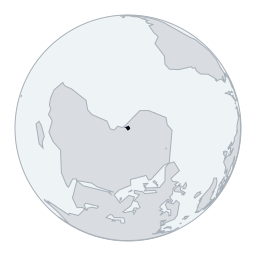 globe centered on Collines, rotated 144°
{"feature_id": "BEN-2171", "entity_name": "Collines", "entity_type": "Department", "adm_level": 1, "iso_a3": "BEN", "parent_name": "Benin", "parent_adm1": "", "projection": "orthographic", "projection_center": [2.189, 8.101], "detail": "fine", "context": "on_globe", "style": "filled", "palette": "ink", "viewbox_px": 256, "rotation_deg": 144, "n_neighbors": 0, "source": "natural_earth", "source_scale": "10m", "svg_char_len": 8431}
<svg xmlns="http://www.w3.org/2000/svg" viewBox="0 0 256 256"><g transform="rotate(144 128 128)"><circle cx="128" cy="128" r="113" fill="#eef3f6" stroke="#a8b0b8"/><path d="M88.6,22.5L89.6,22.1L86.4,23.4L87.5,23.2L85.0,24.2L88.0,23.2L90.1,22.3L92.1,21.7L92.9,21.6L89.9,22.7L89.0,23.0L88.6,23.3L86.7,24.0L88.1,23.6L84.3,25.2L89.3,23.5L87.3,24.8L84.5,26.0L83.2,25.9L73.6,29.7L70.3,31.5L67.0,33.7L63.9,37.4L61.0,39.6L58.1,42.4L60.4,41.0L63.5,38.3L67.1,36.7L70.4,33.9L72.4,33.0L76.4,30.5L77.4,30.9L76.2,32.8L72.9,35.1L72.3,36.1L76.8,34.2L71.9,39.0L70.9,43.7L69.5,45.1L64.3,47.0L60.9,46.0L54.2,49.8L60.2,47.6L56.5,51.8L56.5,52.8L57.7,52.8L59.7,51.4L58.8,53.1L52.5,55.6L53.3,54.1L55.3,53.2L53.7,52.9L49.4,55.2L47.9,57.5L43.1,59.7L41.9,61.5L40.2,63.2L42.4,60.0L38.4,65.9L32.5,71.4L26.9,82.4L30.6,73.3L30.9,71.9L30.7,71.5L29.7,73.3L30.3,71.9L34.9,64.5L40.1,57.6L45.8,51.0L51.9,44.9L58.5,39.3L65.5,34.3L72.9,29.7L80.6,25.8L88.6,22.5ZM22.3,89.0L22.9,87.4L23.2,87.2L19.7,97.2L19.7,99.8L17.7,107.6L17.3,112.1L18.1,111.6L18.7,114.2L20.3,110.0L22.3,108.3L21.1,114.8L23.2,109.3L23.7,112.8L28.5,114.1L27.8,115.4L31.6,124.4L37.7,129.2L39.1,134.4L38.2,137.1L40.7,138.5L40.8,140.4L52.5,145.3L59.9,151.2L60.6,157.9L56.2,164.9L56.6,180.4L49.9,184.2L51.1,190.3L50.9,198.3L46.5,196.7L50.8,201.5L50.8,203.7L48.8,203.2L51.0,206.3L49.6,205.9L52.4,208.3L54.1,211.5L58.2,215.0L60.5,217.6L63.2,219.6L62.6,219.3L63.0,219.7L64.4,220.7L60.8,218.4L55.3,214.0L53.3,212.0L52.4,211.4L47.7,206.2L48.2,207.1L41.0,198.5L36.8,191.6L27.0,170.2L24.8,165.5L21.3,159.3L16.7,141.7L16.6,135.4L16.2,132.0L17.6,123.4L18.1,114.5L17.9,112.9L17.1,115.9L17.1,109.3L18.4,102.4L18.8,100.2L22.3,89.0ZM25.2,86.1L25.3,92.8L23.7,92.7L24.3,91.9L24.6,89.3L24.6,86.6L23.6,87.1L25.2,86.1ZM28.8,80.6L28.6,79.9L29.0,80.1L28.8,80.6ZM75.6,30.5L76.0,30.5L75.0,30.9L75.6,30.5ZM77.0,29.5L75.6,30.0L76.0,29.6L76.9,29.3L77.0,29.5ZM78.6,28.9L77.0,28.9L77.8,28.2L81.7,26.6L78.6,28.9ZM90.4,22.1L88.2,23.0L89.2,22.5L90.4,22.1ZM99.1,19.1L99.3,19.1L97.4,19.6L94.8,20.4L97.4,19.7L90.5,22.0L90.7,21.7L99.1,19.1ZM93.0,21.4L92.7,21.3L95.8,20.3L96.9,20.2L95.6,20.5L93.0,21.4ZM100.2,18.8L99.6,19.0L100.2,18.8ZM95.3,20.7L97.4,20.2L96.7,20.7L93.5,21.4L95.3,20.7ZM96.2,20.1L97.7,19.6L97.2,19.8L96.2,20.1ZM95.4,22.4L95.0,22.1L96.6,21.5L95.4,22.4ZM98.3,20.0L98.5,19.9L99.1,19.7L100.3,19.5L98.3,20.0ZM101.3,18.6L101.6,18.6L103.1,18.2L104.7,17.9L101.7,18.6L103.6,18.2L104.1,18.1L101.1,18.8L101.3,18.6ZM103.3,18.7L100.0,19.9L100.4,20.4L99.0,20.9L98.6,20.0L103.3,18.7ZM102.3,18.7L102.6,18.8L100.7,19.2L99.3,19.5L102.3,18.7ZM106.8,17.5L105.2,17.7L105.9,17.6L106.8,17.5ZM103.8,18.7L104.5,18.5L104.0,18.7L103.8,18.7ZM106.3,17.7L105.6,17.7L106.4,17.6L106.3,17.7ZM106.6,18.0L105.6,18.3L104.6,18.4L106.6,18.0ZM106.8,17.8L108.1,17.5L104.9,18.3L106.3,17.8L106.8,17.8ZM107.2,17.5L107.4,17.4L107.3,17.5L107.2,17.5ZM110.9,17.6L107.2,18.5L105.0,18.7L109.0,17.7L110.9,17.6ZM68.1,223.0L61.7,219.1L64.7,221.0L63.4,219.8L68.0,222.6L68.1,223.0ZM65.8,220.1L66.3,219.7L67.4,220.3L67.3,220.7L65.8,220.1ZM236.1,96.4L236.2,96.7L234.9,92.6L231.9,85.0L232.4,88.5L234.0,100.6L236.2,111.3L235.9,116.5L230.6,102.2L226.9,92.3L225.8,93.7L219.6,86.4L211.3,87.7L209.4,85.4L208.0,86.9L203.5,85.0L200.3,81.2L197.9,81.9L206.4,92.0L208.8,91.4L209.8,86.7L211.8,90.6L216.0,93.5L214.0,104.1L200.5,115.2L198.0,107.4L181.3,87.4L181.1,85.0L181.0,84.7L180.7,84.2L180.5,88.2L177.2,84.4L187.4,98.3L189.7,104.7L200.4,115.8L199.7,117.1L202.7,119.3L211.0,115.0L211.4,117.7L208.2,130.9L195.6,149.7L196.6,161.1L194.5,171.0L185.1,178.3L184.4,185.7L179.3,188.7L178.0,192.9L173.1,197.7L165.4,202.3L154.0,203.2L154.5,199.5L150.6,192.6L145.7,175.0L149.9,166.5L149.3,160.0L141.0,145.9L142.9,137.7L140.3,134.4L135.3,135.5L132.2,131.6L129.0,131.6L108.2,135.1L101.1,130.0L91.1,114.1L94.3,107.7L93.7,100.3L115.1,75.6L121.0,76.7L139.4,72.9L142.0,73.6L141.3,79.0L156.3,84.9L159.4,80.1L171.5,83.0L178.6,82.2L178.5,72.0L166.8,72.9L163.3,68.3L171.5,63.4L181.5,63.2L180.4,61.5L172.9,58.0L173.9,54.7L170.1,56.6L172.6,58.3L170.3,59.7L167.9,58.3L168.4,57.1L165.0,56.6L163.7,63.1L166.1,65.5L158.0,67.3L161.2,71.5L159.5,73.8L153.4,67.5L153.1,65.1L142.9,59.0L142.6,61.6L152.1,67.7L149.7,67.3L149.3,71.5L147.7,68.1L137.4,61.3L129.3,63.4L121.2,74.1L116.0,75.3L110.7,73.6L111.5,63.3L123.0,61.9L123.4,58.8L119.2,54.6L123.1,54.8L122.8,53.1L126.9,52.6L131.0,48.4L134.9,47.7L134.8,42.9L136.8,42.1L136.3,45.1L138.1,47.0L147.7,46.1L149.0,45.0L148.1,42.1L150.9,42.5L148.8,39.8L153.5,38.5L146.1,38.1L144.8,35.2L146.7,33.0L144.9,32.1L141.9,35.9L141.9,37.5L144.0,38.9L142.9,44.0L139.9,45.1L136.1,39.9L131.6,41.1L130.6,37.0L139.4,28.6L143.9,27.0L155.1,29.7L155.1,31.3L151.0,31.0L156.3,33.6L155.1,32.3L157.4,32.8L156.8,30.6L158.4,30.9L155.1,28.6L157.0,28.6L159.1,30.1L159.8,27.6L163.3,27.5L162.7,26.9L161.0,26.2L166.5,26.9L165.8,26.4L163.8,26.0L161.1,24.8L158.4,23.1L160.4,23.4L161.7,24.1L167.3,26.2L170.3,28.1L170.8,28.2L168.7,26.6L161.9,23.9L159.7,22.9L163.0,23.9L161.6,23.4L161.2,23.0L162.7,23.0L159.1,21.9L151.5,18.3L153.5,18.4L157.3,19.4L155.2,18.7L163.2,21.0L171.1,23.9L178.7,27.4L186.0,31.5L193.1,36.1L199.7,41.1L206.0,46.7L211.8,52.8L217.2,59.2L222.1,66.0L226.4,73.2L230.2,80.7L233.4,88.4L236.1,96.4ZM109.4,87.9L109.2,90.0L109.4,87.9ZM193.3,68.6L198.4,68.4L193.9,62.6L195.5,62.2L193.4,60.5L193.6,62.2L188.1,57.7L189.5,55.8L187.7,53.5L185.9,53.5L184.2,57.7L192.1,64.0L191.8,66.6L193.3,68.6ZM28.7,114.0L29.1,115.5L28.2,115.3L28.7,114.0ZM22.6,95.2L23.1,95.7L23.0,96.8L22.5,96.9L22.6,95.2ZM28.1,97.9L29.0,98.8L27.7,99.0L28.1,97.9ZM25.5,93.8L27.4,97.4L25.0,98.6L24.0,96.4L25.2,96.3L25.5,93.8ZM26.9,84.0L27.0,84.6L26.4,85.7L26.9,84.0ZM29.1,80.7L28.9,80.8L29.2,79.8L29.1,80.7ZM56.8,51.6L57.3,51.5L58.1,51.9L57.0,52.5L56.8,51.6ZM66.2,50.3L64.5,53.1L64.9,51.4L63.0,52.4L61.6,50.3L68.7,45.8L65.7,48.1L66.2,50.3ZM61.6,46.7L61.7,48.3L61.3,46.8L61.6,46.7ZM117.1,45.4L119.1,46.3L118.3,48.2L113.3,49.9L114.3,47.1L117.1,45.4ZM122.1,47.1L119.7,42.0L122.7,41.0L121.4,42.4L123.6,42.2L122.2,44.4L127.4,48.9L127.1,50.9L118.0,52.4L121.1,50.7L119.0,49.8L122.1,47.1ZM108.2,33.7L107.2,32.3L115.1,31.8L115.1,33.3L110.1,34.8L107.1,34.1L108.2,33.7ZM85.8,26.3L84.9,26.4L85.8,26.0L87.2,25.6L85.8,26.3ZM95.1,22.3L90.6,25.8L89.3,26.0L88.2,28.2L84.5,29.7L85.3,28.1L81.6,31.1L80.9,30.3L78.7,32.4L81.1,28.7L80.3,28.4L82.6,28.1L86.0,26.7L87.3,26.0L90.2,23.9L90.2,22.9L93.7,21.6L96.1,21.0L96.6,21.1L94.2,21.8L96.6,21.4L93.6,22.5L95.1,22.3ZM122.4,19.2L119.4,19.3L123.8,20.1L120.7,20.6L121.4,20.7L119.8,21.5L119.0,22.7L117.5,22.9L117.9,23.3L116.8,24.0L116.8,24.6L113.9,25.3L113.7,26.3L112.5,26.0L112.9,27.6L111.3,26.8L109.8,27.8L112.1,28.0L96.7,31.5L91.4,34.1L87.9,36.9L85.7,35.5L87.6,32.3L91.7,28.6L97.1,26.5L95.1,26.5L97.1,25.5L97.8,26.0L97.9,24.8L99.8,24.2L103.4,22.0L102.4,21.0L103.7,20.3L105.0,20.4L105.4,19.7L108.8,19.5L109.8,19.1L114.2,18.6L116.1,19.2L117.1,18.7L120.4,18.6L122.4,19.2ZM112.2,17.5L115.2,17.7L115.0,18.3L107.5,19.0L106.1,19.4L101.3,20.2L101.7,19.5L103.0,19.3L104.4,18.9L103.7,19.3L105.3,18.8L107.2,18.5L108.9,18.1L109.4,18.3L112.2,17.5ZM144.0,71.4L145.8,71.5L148.4,71.1L148.2,73.9L144.0,71.4ZM136.9,66.8L138.4,66.4L139.4,69.8L137.5,69.8L136.9,66.8ZM138.3,63.4L138.4,66.1L137.2,64.7L138.3,63.4ZM137.6,44.6L139.1,44.1L139.6,44.8L139.2,45.9L137.6,44.6ZM134.6,22.9L132.9,22.6L133.2,22.3L130.9,21.1L133.0,20.8L135.2,21.4L134.6,22.9ZM177.0,73.9L175.5,75.9L174.2,75.1L175.0,74.5L177.0,73.9ZM161.5,74.9L165.5,75.9L161.4,75.7L161.5,74.9ZM136.5,22.4L135.3,21.9L137.1,22.1L136.5,22.4ZM134.4,20.6L136.3,20.6L133.0,20.6L134.4,20.6ZM196.4,215.8L195.6,216.9L194.7,217.2L196.4,215.8ZM209.1,167.5L200.1,185.2L196.1,185.8L196.6,181.0L200.7,170.4L205.8,166.9L208.6,161.8L209.1,167.5ZM236.5,112.2L238.0,118.3L237.6,119.6L236.5,112.2ZM152.5,21.2L153.3,23.0L155.3,24.6L158.6,25.7L154.4,25.1L151.3,22.7L152.5,21.2ZM151.4,18.5L148.5,17.9L149.5,17.9L150.3,18.1L151.4,18.5ZM149.9,18.3L146.9,18.1L145.1,17.6L147.8,17.9L149.9,18.3ZM141.8,19.6L141.9,20.1L140.5,19.9L141.8,19.6Z" fill="#d9dde1" stroke="#a8b0b8" stroke-width="1"/><path d="M128.9,128.4L129.0,128.4L129.0,128.5L129.0,128.9L128.6,128.9L128.6,129.0L128.4,129.2L128.5,129.3L128.1,129.2L127.9,129.1L127.7,129.1L127.4,128.9L126.9,128.9L126.9,128.5L126.9,128.2L126.9,127.9L126.9,127.7L126.9,127.4L126.9,127.2L127.0,127.0L127.3,127.0L127.5,127.1L127.8,127.2L127.9,127.3L128.0,127.3L128.0,127.2L128.0,126.8L128.0,126.7L129.0,126.7L129.1,127.2L129.1,127.3L129.0,127.5L129.1,127.8L129.0,128.0L129.0,128.3L128.9,128.4L128.9,128.4Z" fill="#0f172a" stroke="#020617" stroke-width="1.5"/></g></svg>